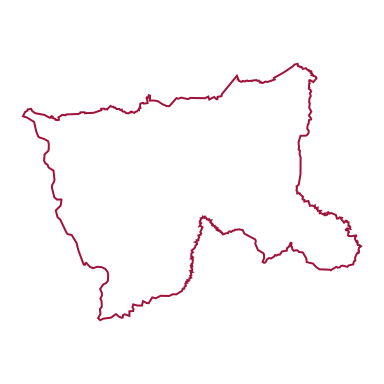 outline of Wang Sombun, Sa Kaeo, Thailand
{"feature_id": "78962969B89607017524872", "entity_name": "Wang Sombun", "entity_type": "district", "adm_level": 2, "iso_a3": "THA", "parent_name": "Thailand", "parent_adm1": "Sa Kaeo", "projection": "orthographic", "projection_center": [102.173, 13.36], "detail": "fine", "context": "isolated", "style": "outline", "palette": "rose", "viewbox_px": 384, "rotation_deg": 0, "n_neighbors": 0, "source": "geoboundaries", "source_scale": "gbopen_adm2", "svg_char_len": 5975}
<svg xmlns="http://www.w3.org/2000/svg" viewBox="0 0 384 384"><path d="M100.2,320.2L103.1,318.7L111.2,317.6L115.5,314.3L116.5,314.4L119.0,316.7L121.8,317.8L122.7,317.5L123.0,315.2L124.8,314.3L129.4,315.9L129.4,311.3L133.2,311.0L133.5,309.1L132.5,307.3L133.2,304.4L137.3,305.5L141.9,305.6L143.1,301.2L146.6,303.0L148.7,303.2L152.3,297.4L155.8,298.3L160.6,295.8L169.1,296.0L172.9,294.2L176.3,294.4L182.0,290.9L182.7,288.7L184.2,288.6L184.6,286.6L185.9,285.8L185.3,283.6L186.1,283.0L186.2,282.1L187.3,282.6L187.2,280.2L188.0,280.2L188.0,281.0L188.6,280.8L189.3,280.2L189.4,278.2L191.2,277.7L190.2,275.8L191.4,275.0L190.8,272.5L192.3,272.1L190.5,270.8L192.1,270.3L192.2,268.7L191.3,267.7L191.7,266.7L190.7,265.8L191.1,265.2L192.1,265.7L191.6,263.9L192.5,263.3L192.9,259.3L191.1,258.7L192.9,257.2L192.3,256.7L191.5,257.3L191.2,256.7L191.4,253.3L192.9,252.4L191.6,250.7L195.0,247.6L195.3,246.0L197.2,243.8L196.8,242.7L195.4,242.1L196.7,241.6L196.7,240.2L198.4,240.3L198.5,238.4L199.2,237.5L198.4,235.4L200.5,234.8L201.2,233.5L200.3,232.0L202.5,227.3L200.5,225.7L199.6,226.0L201.1,223.2L200.0,222.9L200.5,222.1L199.8,221.3L200.8,219.8L200.7,218.3L202.4,218.2L202.9,216.7L204.0,217.5L204.7,216.8L205.0,217.8L205.8,217.5L207.0,219.5L207.8,219.3L208.5,220.0L209.2,219.3L209.9,220.6L211.3,220.4L210.4,222.5L212.3,223.7L212.1,225.0L213.0,224.9L213.2,225.8L214.8,225.8L215.1,227.5L216.3,227.3L216.4,228.6L217.3,228.4L216.9,229.8L218.1,229.7L218.0,230.5L218.8,230.9L219.5,230.4L220.6,231.2L220.5,232.0L222.1,232.6L222.0,233.4L223.2,234.4L225.8,233.3L228.0,233.2L228.2,232.3L229.8,231.3L231.0,232.0L233.2,230.5L234.6,230.4L234.9,229.8L239.4,229.4L242.7,230.1L244.4,233.7L255.2,239.4L255.8,240.9L255.3,243.8L258.0,250.1L263.1,253.0L264.0,254.2L264.1,258.0L262.6,261.9L264.1,262.8L265.5,262.4L266.8,259.6L269.1,258.0L270.8,258.5L273.7,256.9L275.2,255.0L276.5,255.6L278.0,254.6L279.8,254.7L282.0,251.5L286.8,250.6L286.9,248.3L289.0,246.7L290.6,242.8L291.4,242.9L291.5,243.9L290.9,246.1L291.8,246.7L292.3,248.9L293.6,250.8L296.6,250.2L297.7,250.5L299.0,252.0L302.8,252.4L306.3,258.5L306.7,262.1L313.1,263.6L315.9,266.8L319.4,269.3L329.6,269.7L330.8,270.3L336.1,266.9L337.9,267.7L339.8,267.3L341.0,266.0L342.5,265.6L347.4,266.8L348.7,265.4L353.2,264.4L353.9,261.4L355.3,260.6L355.1,257.7L356.4,254.6L357.5,252.7L358.5,253.1L358.9,252.4L359.0,250.6L358.5,250.1L359.0,247.8L361.0,246.2L359.1,245.0L357.9,245.1L357.4,244.3L357.8,242.4L357.2,241.1L356.4,241.8L354.9,238.8L355.3,236.8L356.2,236.4L356.0,235.4L351.5,236.2L348.6,236.0L348.1,235.5L348.2,233.0L349.0,232.1L348.7,231.3L348.1,230.6L346.0,230.3L345.8,229.7L347.2,228.4L349.9,228.8L349.6,228.4L350.3,227.8L350.2,226.8L349.5,225.9L348.4,225.8L348.6,222.4L346.8,221.9L346.8,220.8L345.9,220.7L344.0,222.6L341.1,219.0L341.9,217.8L339.6,217.4L338.3,218.5L337.0,218.6L335.9,215.0L331.2,213.0L329.7,213.6L328.3,212.2L327.4,212.6L327.9,213.8L326.7,215.0L325.8,214.3L324.8,215.3L324.2,214.9L324.4,213.6L323.2,214.3L321.1,213.1L319.7,213.3L319.7,212.0L320.6,210.9L317.8,210.8L317.7,209.5L317.1,209.3L317.6,207.7L315.1,208.0L314.8,205.6L313.9,206.4L312.3,205.5L310.0,205.8L308.4,201.0L304.4,201.6L304.3,199.8L302.9,199.5L302.4,198.7L303.0,196.7L299.8,194.1L299.8,193.4L298.3,193.1L296.5,193.9L297.3,193.2L297.3,191.3L296.5,190.5L297.0,187.8L296.5,186.5L298.7,184.7L300.5,174.2L300.6,157.4L299.6,154.1L299.9,150.6L298.6,149.6L299.0,147.1L298.5,142.4L300.5,135.8L306.2,135.6L307.6,134.5L308.6,132.7L308.7,130.8L307.3,128.7L307.4,126.9L307.9,124.5L308.6,123.8L309.0,120.1L310.9,119.5L311.2,118.6L308.9,115.5L311.3,111.7L309.2,107.6L309.8,103.2L309.1,102.3L309.5,98.3L310.8,96.0L309.9,93.2L311.2,91.6L310.6,90.2L308.9,88.8L309.4,87.8L309.0,87.4L309.1,84.0L309.7,83.3L309.2,80.9L309.4,80.2L310.2,80.2L313.3,82.1L316.5,78.3L315.8,76.8L311.8,75.2L312.7,74.4L311.8,73.7L311.4,71.8L310.6,72.6L310.1,71.1L308.7,70.8L308.7,70.0L307.1,69.6L306.0,68.2L302.7,68.9L301.7,67.0L300.3,67.2L299.8,66.4L298.1,66.2L297.6,63.8L294.4,64.6L292.9,66.3L283.8,72.4L274.0,77.9L274.7,79.5L267.4,82.0L265.3,81.6L262.8,83.0L261.2,82.8L260.7,81.8L259.8,82.3L258.8,80.6L257.3,80.8L256.5,80.1L253.2,80.4L251.8,81.1L251.2,80.7L248.3,81.1L246.9,80.5L244.7,81.5L242.8,80.9L241.6,81.9L239.0,80.9L238.6,79.8L237.7,79.5L238.0,78.4L236.9,75.8L221.9,94.1L221.5,96.2L217.6,96.8L217.4,99.1L216.5,99.2L214.1,97.0L209.3,99.5L208.3,96.6L205.1,98.2L190.1,97.9L188.8,98.9L187.3,99.0L181.4,97.6L178.2,98.7L176.5,98.1L169.3,106.2L166.7,106.1L162.4,104.2L157.9,101.2L153.8,100.5L149.9,100.6L150.0,95.6L148.8,95.2L147.8,98.0L147.3,98.3L146.7,97.7L146.5,98.1L147.2,99.5L147.6,103.1L143.8,103.6L143.0,102.8L140.4,103.6L139.9,106.4L140.5,107.9L139.1,108.4L139.1,110.0L138.5,109.7L137.0,111.4L135.4,111.8L134.4,112.9L131.4,111.6L130.9,112.4L130.3,112.0L128.7,113.3L126.3,113.2L124.4,111.6L122.8,111.5L121.6,110.5L121.7,109.7L120.2,110.0L119.4,109.0L116.5,109.0L115.1,107.5L114.1,107.6L113.4,106.7L112.2,106.9L110.4,106.0L107.1,109.4L106.7,109.0L105.0,109.4L104.1,108.6L101.2,108.8L101.3,110.2L93.7,112.8L85.0,113.2L84.8,112.3L80.5,112.3L80.3,113.0L78.3,114.0L66.5,114.4L65.6,115.3L62.4,114.8L58.4,117.4L58.9,119.8L57.4,120.1L55.5,119.8L55.3,118.9L52.7,118.0L52.3,117.5L52.6,116.7L51.8,116.2L50.9,116.6L50.8,117.6L49.5,117.7L44.4,114.9L35.3,113.2L32.3,111.2L31.2,108.9L27.7,109.4L27.4,110.7L25.0,112.1L23.0,116.3L26.9,117.5L34.1,121.9L36.2,131.3L38.1,136.3L39.3,137.4L44.3,139.0L48.2,141.3L48.8,144.3L48.7,149.6L48.2,151.0L44.6,154.4L44.1,160.7L45.4,163.4L47.5,164.7L48.6,167.5L53.5,170.6L54.5,179.7L54.0,181.9L52.2,184.9L51.9,187.5L54.3,197.3L57.1,199.6L61.1,199.4L61.5,199.8L60.6,205.7L55.8,210.4L57.5,217.2L60.3,219.7L66.8,233.3L68.0,234.2L71.7,235.0L76.5,242.8L78.2,249.8L83.6,264.5L84.9,264.8L85.5,263.2L86.3,262.9L89.9,266.8L93.0,268.2L97.3,266.8L101.7,267.2L105.2,268.8L107.5,271.8L108.2,274.7L107.9,280.6L106.4,282.9L103.4,284.3L100.1,289.0L101.9,293.0L101.9,295.5L100.4,298.7L101.6,301.2L101.8,306.7L99.9,309.2L100.5,314.0L98.1,318.1L100.2,320.2Z" fill="none" stroke="#9f1239" stroke-width="2"/></svg>